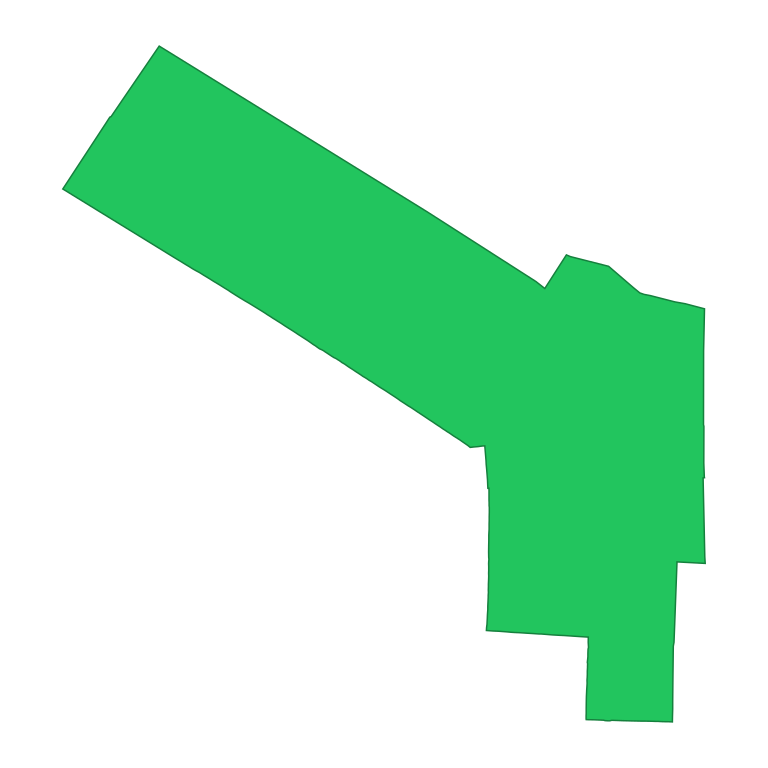 outline of Visina Noua, Olt, Romania
{"feature_id": "2599482B97404660880396", "entity_name": "Visina Noua", "entity_type": "district", "adm_level": 2, "iso_a3": "ROU", "parent_name": "Romania", "parent_adm1": "Olt", "projection": "albers", "projection_center": [24.398, 43.872], "detail": "fine", "context": "isolated", "style": "filled", "palette": "green", "viewbox_px": 768, "rotation_deg": 0, "n_neighbors": 0, "source": "geoboundaries", "source_scale": "gbopen_adm2", "svg_char_len": 3608}
<svg xmlns="http://www.w3.org/2000/svg" viewBox="0 0 768 768"><path d="M672.4,721.9L672.5,716.1L672.7,709.0L672.7,706.9L672.7,702.9L672.7,701.5L672.9,679.8L673.3,646.2L674.0,642.3L674.7,624.0L677.0,561.9L705.2,563.4L704.8,556.9L703.1,477.9L704.5,477.7L704.3,476.7L703.8,463.0L703.9,428.2L703.9,426.3L703.5,424.6L703.6,350.9L704.4,313.9L704.5,308.8L685.1,303.7L674.9,301.9L650.4,295.6L644.1,294.4L639.8,292.9L633.1,287.4L608.6,266.3L570.4,256.6L566.4,254.9L544.8,288.5L535.9,281.5L426.8,211.6L239.1,95.5L159.2,46.1L122.4,100.0L120.1,103.4L113.0,113.8L111.1,116.6L110.0,117.0L109.2,118.1L106.3,122.6L62.8,189.0L99.2,211.4L174.5,257.7L178.3,260.0L186.3,264.9L189.0,266.5L192.8,268.9L195.8,270.6L199.4,272.5L202.9,274.7L203.5,275.1L208.0,277.8L213.9,281.5L219.9,285.1L224.8,288.2L228.1,290.2L231.0,292.2L233.7,293.9L236.2,295.5L239.9,297.8L243.4,299.9L245.2,301.0L248.7,303.0L251.0,304.4L255.4,307.1L258.0,308.7L261.4,310.8L263.8,312.3L265.8,313.6L267.4,314.7L270.0,316.3L273.0,318.3L275.0,319.5L277.8,321.3L281.2,323.4L285.2,326.1L289.8,329.0L293.0,331.0L298.4,334.6L303.7,338.0L307.6,340.5L311.3,343.1L313.4,344.6L315.4,345.8L316.7,346.8L318.4,348.0L319.7,348.9L321.6,349.7L323.5,350.7L324.9,351.7L327.5,353.4L329.6,354.8L331.7,356.2L332.5,356.7L333.6,357.4L333.9,357.6L334.6,357.9L335.5,358.3L336.6,358.9L337.6,359.6L339.0,360.4L340.7,361.6L342.0,362.6L343.1,363.2L344.8,364.2L346.6,365.5L348.6,366.9L351.1,368.5L353.3,369.9L355.3,371.3L357.0,372.4L358.3,373.2L358.4,373.3L360.4,374.6L363.1,376.5L364.9,377.5L367.3,379.0L369.1,380.3L371.4,381.6L373.8,383.2L376.8,385.2L378.4,386.3L381.4,388.2L384.7,390.2L386.7,391.5L390.0,393.7L392.6,395.4L394.3,396.5L396.7,398.1L398.7,399.5L400.3,400.7L402.5,402.1L405.1,403.8L408.1,405.8L410.5,407.2L414.6,409.9L417.8,412.1L422.1,414.9L425.4,417.1L428.5,419.2L429.4,419.8L432.5,421.8L435.1,423.6L438.1,425.6L440.0,426.8L443.1,429.0L445.2,430.3L447.2,431.7L449.2,432.9L454.1,436.3L459.7,439.8L462.8,442.0L466.3,444.4L468.0,445.6L470.2,447.4L473.5,447.0L478.2,446.6L480.2,446.3L482.5,446.0L484.8,445.9L485.4,453.2L486.0,460.3L486.2,464.4L486.7,469.7L487.5,480.0L487.7,484.9L487.7,485.1L487.9,488.3L488.9,488.2L489.0,490.3L489.0,494.6L489.0,496.8L489.0,500.1L489.1,502.4L489.1,502.6L489.1,505.6L489.3,507.5L489.3,512.5L489.2,516.8L489.2,520.7L489.1,523.9L489.1,529.3L488.8,535.1L488.8,540.8L488.7,544.8L488.6,552.1L488.7,557.5L488.9,559.1L488.8,560.4L488.7,561.5L488.6,563.7L488.7,566.5L488.7,568.4L488.7,569.2L488.7,570.7L488.6,573.2L488.7,576.2L488.6,579.5L488.5,581.8L488.4,584.1L488.4,586.6L488.3,590.1L488.4,592.4L488.2,595.4L488.2,597.3L488.1,599.7L487.9,604.2L487.8,606.4L487.8,609.8L487.6,612.2L487.4,615.5L487.3,618.2L487.1,621.9L487.0,624.3L486.6,627.2L486.4,630.5L493.1,631.0L498.0,631.2L503.5,631.6L507.3,631.9L511.7,632.3L514.8,632.5L519.5,632.7L527.1,633.2L532.1,633.5L539.4,634.0L541.3,634.0L552.3,634.9L559.5,635.3L563.9,635.5L580.1,636.6L588.3,637.1L588.2,642.2L588.4,645.8L588.5,647.3L588.1,649.0L588.0,650.2L587.9,653.8L587.9,656.8L587.6,659.7L587.4,661.5L587.3,662.5L587.6,663.7L587.5,666.2L587.5,667.6L587.3,671.1L587.3,674.6L587.2,677.4L587.0,680.0L587.1,683.3L586.9,687.0L586.7,689.7L586.6,692.2L586.4,696.4L586.3,701.0L586.2,708.3L586.2,711.7L586.2,713.6L586.1,715.7L586.1,718.7L586.2,719.6L588.6,719.7L594.3,719.8L599.2,720.0L603.7,720.2L604.9,720.6L608.0,720.8L609.9,720.8L610.9,720.5L611.9,720.3L617.8,720.5L623.2,720.7L628.1,720.8L631.3,720.9L636.4,721.0L641.0,721.1L645.0,721.1L649.5,721.2L653.4,721.3L655.5,721.4L658.2,721.4L661.4,721.6L665.1,721.7L668.0,721.7L670.3,721.8L672.4,721.9Z" fill="#22c55e" stroke="#15803d" stroke-width="1.5"/></svg>